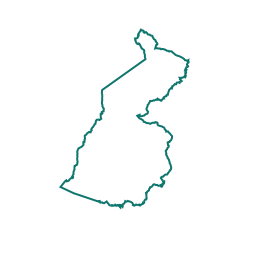 Alto Paraíso de Goiás, Goiás, Brazil (Albers equal-area conic projection), rotated 321°
{"feature_id": "56859067B58391691599305", "entity_name": "Alto Paraíso de Goiás", "entity_type": "district", "adm_level": 2, "iso_a3": "BRA", "parent_name": "Brazil", "parent_adm1": "Goiás", "projection": "albers", "projection_center": [-47.466, -14.162], "detail": "fine", "context": "isolated", "style": "outline", "palette": "teal", "viewbox_px": 256, "rotation_deg": 321, "n_neighbors": 0, "source": "geoboundaries", "source_scale": "gbopen_adm2", "svg_char_len": 5920}
<svg xmlns="http://www.w3.org/2000/svg" viewBox="0 0 256 256"><g transform="rotate(321 128 128)"><path d="M217.6,113.2L216.9,113.1L216.2,112.7L215.7,111.9L215.0,111.2L215.0,109.6L214.6,108.1L213.8,106.0L212.9,104.3L211.4,102.1L211.0,101.2L210.8,100.3L210.7,99.2L210.5,98.6L210.4,97.7L210.1,97.0L210.2,96.2L209.6,95.4L208.8,94.6L208.1,94.5L207.8,93.3L206.7,92.3L206.5,91.3L206.3,90.6L205.6,90.0L205.4,89.2L204.9,88.6L204.3,88.2L203.1,87.4L202.9,86.3L202.1,85.8L201.1,84.8L200.8,84.2L200.1,83.7L199.2,83.3L202.2,81.2L203.0,81.5L203.6,81.4L203.9,80.9L204.1,79.0L204.0,78.1L204.6,77.3L204.3,75.9L204.0,75.2L204.3,74.6L204.3,73.3L204.9,71.7L203.7,70.1L203.7,69.4L203.2,68.6L202.4,68.0L202.3,67.1L202.6,66.3L202.4,65.5L202.3,64.7L200.8,64.5L200.4,63.5L201.2,62.8L201.2,62.0L200.5,61.3L200.0,59.7L199.2,60.0L198.8,60.5L197.9,60.6L197.2,60.7L196.6,61.1L195.5,61.2L194.6,62.8L194.0,62.3L193.5,62.9L193.0,63.3L192.5,63.9L191.5,63.9L189.9,62.9L189.7,63.7L189.0,64.0L188.9,64.9L188.4,65.6L188.3,66.4L188.0,67.4L188.2,68.6L189.4,68.9L189.2,69.6L189.8,69.9L189.6,70.8L189.6,71.5L189.0,73.0L189.1,73.9L188.7,74.5L189.2,76.5L189.5,77.3L189.0,78.6L188.1,79.4L187.6,80.5L187.3,81.4L186.8,82.3L186.1,83.0L184.9,85.5L131.8,82.2L130.1,83.9L129.6,84.5L129.2,85.5L127.5,87.7L126.0,89.3L125.6,90.1L124.2,91.4L123.5,92.1L123.1,92.7L122.7,93.9L121.8,95.0L121.4,96.6L121.5,97.5L121.0,98.2L120.1,99.0L119.5,99.7L118.7,99.2L117.8,99.1L117.2,100.6L116.5,100.6L115.8,99.8L115.3,100.3L114.1,101.8L113.4,102.8L113.0,104.0L110.8,103.8L110.5,103.0L108.8,101.9L107.3,102.4L106.8,103.1L106.2,103.4L105.3,104.3L104.3,104.1L103.4,104.6L102.4,104.8L101.6,105.2L100.9,105.2L99.9,105.4L98.6,105.9L98.4,106.9L97.0,107.3L96.2,107.8L95.5,107.2L95.4,106.6L92.9,106.4L91.4,106.9L90.0,106.7L89.4,106.9L87.8,109.3L86.8,109.7L86.0,110.9L85.2,111.5L84.5,110.9L83.8,111.5L82.9,113.0L81.3,113.3L80.2,113.4L79.1,113.2L78.5,113.0L77.7,113.0L76.7,112.7L75.7,113.2L74.9,113.6L73.4,114.7L72.8,116.0L71.5,117.0L71.3,117.7L68.9,120.2L68.0,121.7L67.5,122.7L66.7,123.1L65.9,124.1L65.0,124.5L64.1,124.1L63.2,124.4L62.7,123.9L62.2,124.4L61.4,125.1L60.5,126.4L58.3,127.6L57.2,128.7L56.6,129.7L55.7,129.9L54.4,130.5L54.6,131.4L54.1,132.0L53.4,132.0L53.3,130.9L52.5,131.2L50.0,131.2L49.3,131.6L48.7,131.6L46.9,131.0L47.1,129.8L45.6,129.8L38.4,131.4L44.9,144.8L45.4,145.5L58.9,166.8L59.2,166.3L60.1,166.9L59.5,168.6L61.2,169.6L61.5,170.7L62.1,171.4L62.8,171.5L63.6,171.5L64.5,171.7L65.2,171.7L65.0,173.6L65.2,174.5L65.0,175.3L65.0,176.1L65.2,176.7L65.7,177.3L66.8,177.7L66.7,178.5L67.7,178.6L68.0,179.4L68.9,179.7L69.8,179.5L70.1,180.2L69.9,181.0L70.3,181.4L71.6,181.4L72.3,182.0L71.9,182.9L72.1,185.0L72.8,184.4L73.2,183.7L73.7,183.1L74.1,183.6L74.2,184.7L74.2,185.8L74.8,185.4L75.3,184.5L75.9,184.0L76.6,184.1L77.2,184.3L77.9,184.2L79.8,183.1L80.0,184.0L80.6,184.4L81.3,184.4L82.0,184.5L82.3,185.4L83.1,186.2L83.7,187.1L83.8,187.9L84.2,188.8L84.1,189.6L83.9,190.6L83.3,191.0L83.6,191.7L84.3,192.5L85.1,192.3L86.1,192.5L86.4,193.3L87.7,194.3L88.5,194.6L88.2,195.4L89.0,196.0L90.2,195.7L91.3,196.2L92.4,195.6L92.4,196.3L93.4,196.3L94.0,195.8L94.6,195.1L95.2,194.7L96.0,194.5L96.8,194.5L97.3,195.0L98.1,194.5L98.7,193.6L99.2,192.8L99.8,192.1L100.7,190.6L101.2,189.8L101.9,190.2L102.8,189.5L104.2,189.7L105.1,189.6L106.2,188.7L107.1,188.6L107.7,187.9L108.4,188.3L109.9,188.5L112.1,187.9L113.1,188.3L113.5,189.6L114.9,190.6L115.0,191.5L115.3,192.2L116.2,192.6L117.2,192.8L116.8,194.1L117.3,194.9L118.0,194.8L118.9,194.2L118.7,193.5L119.6,193.0L120.0,193.6L121.1,193.8L122.5,192.3L121.5,192.0L121.8,190.9L122.1,187.5L122.8,187.2L123.8,187.3L124.5,187.9L125.2,187.7L126.2,187.8L127.0,187.6L127.8,187.8L128.6,188.3L129.2,188.8L131.2,188.1L132.0,188.0L133.1,187.6L134.1,187.6L134.6,187.0L135.7,187.0L137.0,185.5L137.3,184.6L137.9,183.4L138.2,182.2L138.3,181.4L138.9,180.7L139.2,180.0L139.3,179.4L139.9,178.2L139.9,176.3L140.4,175.8L140.4,175.0L140.8,173.5L140.8,172.8L141.5,172.4L141.7,171.8L142.1,171.2L142.5,170.5L142.8,169.6L144.1,169.2L144.9,169.2L145.4,168.7L146.4,168.3L147.4,168.4L148.6,167.2L148.3,166.5L148.7,165.9L149.7,164.2L150.6,164.4L151.5,165.0L152.4,164.5L153.8,164.6L154.6,164.2L156.0,163.3L156.5,162.7L157.0,162.2L157.2,161.3L157.0,160.2L157.1,159.5L157.1,158.7L157.0,158.0L156.8,157.2L157.0,156.0L156.2,155.3L155.4,154.8L156.0,154.0L155.7,152.3L156.1,151.6L156.3,150.4L155.6,149.1L155.4,148.1L154.7,147.3L153.5,145.6L153.1,144.8L153.2,143.8L153.9,143.1L154.2,142.3L153.6,141.5L152.9,140.6L152.1,140.8L151.0,139.9L150.5,139.4L149.7,139.1L147.9,138.8L147.3,137.5L146.1,136.4L145.3,135.3L145.1,134.4L144.6,133.8L144.1,133.1L144.4,132.5L144.5,131.4L144.1,130.2L143.7,129.1L143.1,128.0L142.9,126.9L142.9,125.2L142.9,124.3L143.7,124.5L145.3,125.0L144.9,125.4L144.9,126.4L145.8,127.3L147.5,128.0L148.2,128.5L150.0,128.4L151.8,129.0L152.6,128.9L153.8,127.9L153.9,126.5L154.1,125.1L154.7,124.5L156.7,123.5L157.7,122.5L158.9,122.4L159.8,121.9L161.2,121.6L162.0,120.9L162.8,121.3L163.3,121.9L164.0,122.3L165.2,122.5L165.6,123.1L166.4,123.4L167.2,123.4L167.8,123.8L168.9,123.8L168.5,124.5L169.3,124.8L169.9,124.9L169.8,125.6L170.5,126.2L170.6,127.2L171.1,127.8L172.7,127.3L173.6,127.2L174.5,127.7L174.6,127.0L175.2,126.6L176.2,126.8L177.0,127.0L177.8,127.4L178.4,126.8L179.5,126.7L179.9,127.2L181.9,125.6L182.7,125.2L183.5,124.5L184.2,124.3L184.9,124.2L185.6,124.2L186.6,124.1L187.0,124.9L188.1,124.1L188.6,123.4L190.0,123.7L190.9,123.6L191.9,123.3L192.9,124.3L194.4,123.4L196.0,124.4L196.4,125.3L197.0,124.7L198.3,125.3L199.2,125.3L198.8,124.2L199.6,123.3L199.2,122.8L199.9,122.4L199.9,121.6L201.4,122.8L202.2,123.3L204.1,123.5L204.3,124.6L205.1,124.3L205.8,123.8L205.7,122.9L207.4,121.9L207.9,121.5L207.4,121.1L209.1,120.0L208.4,119.2L209.6,118.5L210.2,118.9L210.2,118.1L210.9,117.8L211.7,117.5L212.6,118.0L213.4,118.0L213.7,116.9L213.5,116.0L214.4,115.4L215.3,115.2L216.0,115.2L216.1,114.3L216.8,114.5L217.0,113.8L217.6,113.2Z" fill="none" stroke="#0f766e" stroke-width="2"/></g></svg>